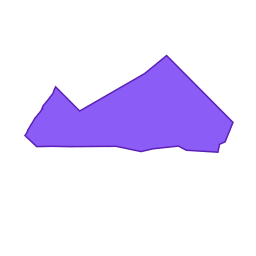 Benichab, Inchiri, Mauritania, rotated 46°
{"feature_id": "47542326B98603827415339", "entity_name": "Benichab", "entity_type": "district", "adm_level": 2, "iso_a3": "MRT", "parent_name": "Mauritania", "parent_adm1": "Inchiri", "projection": "natural_earth1", "projection_center": [-15.686, 19.224], "detail": "fine", "context": "isolated", "style": "filled", "palette": "violet", "viewbox_px": 256, "rotation_deg": 46, "n_neighbors": 0, "source": "geoboundaries", "source_scale": "gbopen_adm2", "svg_char_len": 696}
<svg xmlns="http://www.w3.org/2000/svg" viewBox="0 0 256 256"><g transform="rotate(46 128 128)"><path d="M102.7,49.9L100.4,78.2L82.2,151.0L48.1,151.5L49.2,154.4L50.4,156.7L51.1,158.4L51.6,162.2L52.4,167.3L52.5,168.9L52.9,172.0L53.0,173.4L54.2,176.3L55.0,176.2L54.8,177.3L55.1,178.4L55.6,181.2L55.7,183.1L56.1,185.7L56.2,188.1L56.9,190.1L57.5,192.3L58.2,195.2L58.7,197.1L59.4,199.4L59.9,201.6L60.5,202.5L61.2,204.4L61.9,207.4L78.0,206.6L88.0,195.8L97.2,186.6L100.9,182.9L115.2,167.9L120.4,162.4L132.9,149.3L154.0,135.0L160.3,124.5L176.1,104.2L182.6,102.1L184.5,101.5L201.0,86.4L207.9,80.1L203.3,73.5L205.4,67.8L196.9,48.6L102.7,49.9Z" fill="#8b5cf6" stroke="#5b21b6" stroke-width="1.5"/></g></svg>